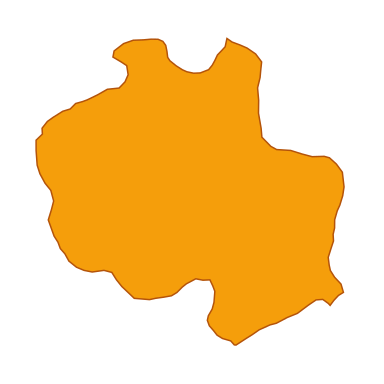 the district of Saatly District, Saatlı, Azerbaijan, rotated 175°
{"feature_id": "54616110B939777630101", "entity_name": "Saatly District", "entity_type": "district", "adm_level": 2, "iso_a3": "AZE", "parent_name": "Azerbaijan", "parent_adm1": "Saatlı", "projection": "mercator", "projection_center": [48.463, 39.842], "detail": "fine", "context": "isolated", "style": "filled", "palette": "amber", "viewbox_px": 384, "rotation_deg": 175, "n_neighbors": 0, "source": "geoboundaries", "source_scale": "gbopen_adm2", "svg_char_len": 1769}
<svg xmlns="http://www.w3.org/2000/svg" viewBox="0 0 384 384"><g transform="rotate(175 192 192)"><path d="M64.3,67.0L60.2,71.6L55.1,76.2L49.9,78.8L51.6,87.3L57.4,94.7L61.0,101.7L61.7,107.1L62.0,115.0L58.4,123.7L55.3,130.9L55.1,137.5L53.1,143.7L52.3,151.9L48.9,160.7L45.9,166.0L42.2,175.1L40.1,183.8L40.5,198.6L45.7,207.2L52.1,214.1L57.2,216.0L69.2,216.7L79.2,220.3L90.1,224.8L104.0,226.9L109.5,230.6L117.6,240.5L117.6,249.5L118.9,264.7L117.6,277.6L117.6,290.0L114.2,300.1L112.9,307.4L111.3,315.5L116.6,324.0L124.6,330.6L131.4,334.3L139.0,337.9L143.8,341.9L144.0,341.3L146.3,333.8L149.8,330.6L154.7,326.3L157.8,321.0L160.8,316.5L164.8,312.4L173.4,309.9L180.0,310.2L185.9,312.0L186.6,312.2L191.1,314.7L196.8,319.1L202.6,324.7L204.5,328.3L204.7,334.3L205.4,340.4L207.9,344.6L212.5,347.1L219.4,347.8L227.3,347.8L237.3,348.3L247.2,345.8L257.3,339.3L259.0,333.3L251.3,327.8L246.0,323.6L245.4,314.4L249.1,307.6L255.6,301.9L267.4,301.7L277.9,296.9L288.4,292.9L293.2,291.6L300.2,290.3L306.1,285.3L313.7,283.7L323.8,278.5L329.9,274.9L335.8,268.6L336.0,262.7L342.8,257.2L343.7,246.7L343.9,232.2L341.9,223.4L337.6,213.5L332.5,205.9L330.6,195.1L333.6,186.6L337.6,176.7L333.2,160.0L329.9,153.7L328.1,147.1L324.0,141.5L320.6,133.8L313.6,127.1L306.3,123.3L298.4,121.0L286.5,121.6L278.9,118.9L274.9,111.1L270.1,103.9L262.3,95.1L258.8,91.1L243.7,88.5L237.3,89.3L229.3,89.7L221.5,90.4L215.8,93.2L210.0,98.1L205.5,101.1L195.8,105.2L188.8,103.2L181.8,102.9L179.5,96.7L177.9,91.1L179.7,80.2L182.1,73.6L186.5,67.3L187.9,62.8L186.4,57.2L182.6,52.0L179.5,47.2L174.4,43.4L166.4,40.3L163.2,36.0L161.5,35.7L150.2,41.7L144.3,44.7L137.0,48.9L125.9,52.8L119.4,53.9L108.0,58.7L97.6,61.9L86.0,69.1L77.8,73.7L71.1,73.6L65.9,69.1L64.3,67.0Z" fill="#f59e0b" stroke="#b45309" stroke-width="1.5"/></g></svg>